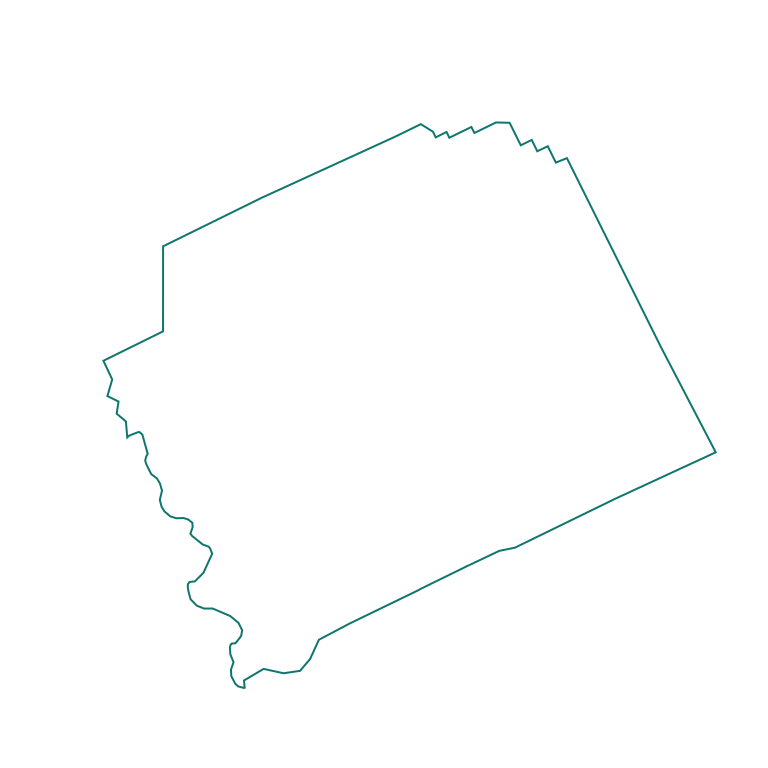 outline of Vernon, Louisiana, United States of America, rotated 334°
{"feature_id": "52423323B35564374613878", "entity_name": "Vernon", "entity_type": "district", "adm_level": 2, "iso_a3": "USA", "parent_name": "United States of America", "parent_adm1": "Louisiana", "projection": "natural_earth1", "projection_center": [-93.381, 31.112], "detail": "fine", "context": "isolated", "style": "outline", "palette": "teal", "viewbox_px": 768, "rotation_deg": 334, "n_neighbors": 0, "source": "geoboundaries", "source_scale": "gbopen_adm2", "svg_char_len": 1354}
<svg xmlns="http://www.w3.org/2000/svg" viewBox="0 0 768 768"><g transform="rotate(334 384 384)"><path d="M651.9,578.2L649.1,472.1L647.4,261.2L635.5,260.3L635.4,242.1L623.8,242.0L623.8,229.4L611.6,229.4L611.4,204.3L599.3,198.0L575.3,198.0L575.2,191.3L550.7,191.3L550.7,184.9L538.6,185.0L538.6,178.7L531.0,166.6L502.2,166.6L356.3,163.0L245.8,163.4L208.5,239.8L142.0,240.1L141.7,260.8L130.1,273.6L137.7,283.4L130.7,293.5L135.6,304.5L129.8,319.5L132.3,318.7L142.2,319.5L143.5,320.5L144.6,323.7L141.0,343.2L138.5,344.9L135.8,348.1L135.2,351.7L135.2,356.7L135.3,363.0L138.5,369.2L139.0,375.3L137.7,382.6L131.7,389.9L130.3,396.8L130.8,402.2L133.9,409.3L138.6,413.7L145.1,416.6L148.7,420.0L150.9,424.8L149.2,428.9L146.4,431.6L144.4,433.6L145.0,436.7L150.7,448.8L155.2,453.4L155.6,456.1L155.2,461.2L139.0,474.5L127.5,478.5L122.5,476.7L120.0,477.9L118.6,480.6L117.3,484.8L115.8,492.8L118.6,501.2L123.9,507.0L131.6,510.7L144.0,525.1L148.5,534.9L148.6,543.1L145.1,547.9L136.9,551.9L135.0,551.2L133.7,550.6L132.0,551.0L130.1,553.1L127.4,559.6L126.8,568.1L121.2,573.7L118.7,579.6L118.9,588.2L120.4,591.9L125.3,596.2L125.3,596.7L128.2,589.1L150.9,587.3L167.0,600.0L182.8,605.0L197.0,598.8L213.4,585.3L248.4,584.2L324.9,584.4L327.8,584.2L378.8,584.1L414.4,584.5L429.9,588.5L541.2,588.5L652.2,590.8L651.9,578.2Z" fill="none" stroke="#0f766e" stroke-width="2"/></g></svg>